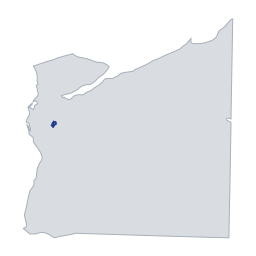 Ashmun, Al Minufiyah, Egypt shown in context, rotated 271°
{"feature_id": "37247803B18007255516355", "entity_name": "Ashmun", "entity_type": "district", "adm_level": 2, "iso_a3": "EGY", "parent_name": "Egypt", "parent_adm1": "Al Minufiyah", "projection": "robinson", "projection_center": [30.999, 30.299], "detail": "fine", "context": "in_parent", "style": "filled", "palette": "blue", "viewbox_px": 256, "rotation_deg": 271, "n_neighbors": 0, "source": "geoboundaries", "source_scale": "gbopen_adm2", "svg_char_len": 4147}
<svg xmlns="http://www.w3.org/2000/svg" viewBox="0 0 256 256"><g transform="rotate(271 128 128)"><path d="M238.9,230.8L232.8,230.8L226.8,230.8L220.7,230.8L214.7,230.8L208.7,230.8L202.6,230.8L196.6,230.8L190.5,230.8L184.5,230.8L178.5,230.8L172.4,230.8L166.4,230.8L160.3,230.8L154.3,230.8L148.3,230.8L142.2,230.8L138.8,230.8L139.4,229.0L139.7,227.6L139.3,226.7L138.1,226.4L137.4,226.7L135.6,230.7L134.6,230.9L132.5,230.9L125.5,230.9L118.4,230.9L111.4,230.9L104.4,230.9L97.3,230.9L90.3,230.9L83.3,230.9L76.2,230.9L69.2,230.9L62.2,230.9L55.1,230.8L48.1,230.8L41.1,230.8L34.0,230.8L27.0,230.8L20.0,230.8L20.0,226.1L20.1,221.3L20.1,216.5L20.1,211.7L20.2,206.9L20.2,202.1L20.3,197.4L20.3,192.6L20.4,187.8L20.4,183.0L20.5,178.2L20.5,173.5L20.6,168.7L20.6,163.9L20.7,159.1L20.8,154.3L20.8,149.5L20.9,144.8L21.0,140.0L21.0,135.2L21.1,130.4L21.2,125.6L21.2,120.8L21.3,116.1L21.4,111.3L21.4,106.5L21.5,101.7L21.6,96.9L21.6,92.2L21.7,87.4L21.8,82.6L21.8,77.8L21.7,76.9L20.7,73.7L19.9,69.5L18.9,64.5L18.8,62.8L17.3,57.6L17.1,56.1L17.6,55.0L20.4,50.6L21.2,48.5L22.0,45.9L22.2,43.8L21.5,40.7L20.6,37.8L20.4,34.8L20.3,32.0L21.7,30.0L23.4,28.1L24.1,27.0L25.1,25.7L25.8,25.1L27.1,27.7L29.9,28.2L39.1,25.9L49.2,28.2L54.8,29.1L63.4,31.0L68.6,34.6L70.0,35.0L73.8,34.9L76.2,37.0L86.1,38.0L91.3,40.3L94.3,42.1L96.1,42.7L97.6,42.6L99.8,41.9L102.5,40.6L105.4,38.8L111.5,34.2L113.7,33.4L115.1,33.6L116.8,33.6L117.5,32.3L118.4,31.5L119.0,30.5L119.9,29.3L123.1,29.0L129.4,27.0L128.7,28.0L122.9,30.2L125.4,30.5L127.9,29.7L130.8,29.2L131.3,28.3L131.7,26.5L132.3,26.2L134.3,26.6L140.2,29.3L141.7,29.4L145.9,27.9L146.7,27.6L148.1,28.4L151.2,31.8L150.1,31.7L146.8,28.8L146.5,30.3L144.6,32.9L147.0,34.0L148.9,34.4L149.9,35.8L150.6,37.1L152.5,36.5L153.8,34.8L153.1,33.8L152.6,32.8L153.3,32.8L154.6,33.6L158.3,36.9L159.6,37.6L161.1,37.5L164.1,36.6L165.0,36.7L169.1,35.5L169.6,36.4L170.3,37.3L173.5,36.3L178.7,36.3L183.0,35.2L187.9,32.6L188.3,32.2L188.5,32.9L189.1,34.6L190.7,39.2L192.0,42.8L193.7,47.7L194.2,49.6L194.4,50.9L196.8,56.3L198.2,60.8L199.3,64.4L200.7,69.7L201.4,71.5L200.4,72.5L198.4,75.9L196.3,86.8L193.3,95.4L193.0,100.7L192.5,102.6L191.1,105.3L189.3,108.0L186.1,106.6L180.9,102.0L177.8,97.5L174.6,94.7L171.5,90.9L170.7,88.2L170.7,86.4L169.4,82.1L168.4,80.1L164.6,75.6L163.5,73.2L162.7,72.1L161.9,70.6L160.5,64.7L159.1,60.9L157.4,62.0L157.7,63.5L156.2,65.7L155.4,68.2L156.0,70.3L159.1,73.5L159.7,74.8L160.4,77.8L160.3,81.8L160.8,83.2L163.1,86.2L163.9,88.0L164.4,89.5L165.2,90.9L167.5,93.6L170.7,98.5L173.8,101.9L176.1,103.5L177.0,105.1L177.3,109.3L177.1,111.3L179.1,115.1L179.8,117.0L181.7,118.6L182.6,120.3L183.4,123.2L184.7,131.7L186.4,133.8L191.6,145.0L195.9,152.1L198.0,157.4L201.3,163.9L207.6,178.0L211.4,182.4L212.9,184.9L215.6,186.8L218.5,189.5L215.7,189.2L215.0,189.4L214.1,189.9L213.6,191.5L213.4,192.9L213.8,200.0L214.6,203.7L217.1,210.6L218.9,212.7L219.8,214.0L221.1,215.0L226.9,217.4L230.4,222.4L238.1,228.7L238.8,230.4L238.9,230.8Z" fill="#d9dde1" stroke="#a8b0b8" stroke-width="1"/><path d="M130.6,52.5L130.4,52.5L130.4,52.4L130.2,52.4L130.2,52.2L130.0,51.9L129.9,51.9L129.9,52.0L129.8,51.9L129.8,52.0L129.7,52.1L129.5,51.9L129.4,51.9L129.3,52.0L129.2,52.0L128.9,52.0L128.7,52.0L128.6,52.3L128.6,52.5L128.3,52.6L128.1,52.6L127.9,52.7L127.7,52.8L127.6,53.0L127.6,53.3L127.8,53.4L128.0,53.5L128.1,53.4L128.3,53.3L128.4,53.2L128.5,53.2L128.8,53.1L129.0,53.1L129.3,53.2L129.3,53.3L129.4,53.6L129.4,53.8L129.3,54.0L129.2,54.2L129.2,54.3L129.3,54.3L129.5,54.3L129.8,54.3L129.8,54.2L129.8,54.3L130.0,54.3L130.1,54.5L130.1,54.4L130.0,54.5L130.2,54.8L130.2,55.0L130.2,55.3L130.3,55.4L130.3,55.5L130.5,55.8L130.7,56.0L130.8,56.0L131.0,56.1L131.3,56.0L131.4,55.9L131.5,55.9L131.7,55.7L131.8,55.7L132.0,55.7L132.1,55.8L132.3,55.9L132.5,55.8L132.6,55.7L132.8,55.5L132.7,55.4L132.6,55.2L132.8,55.0L132.8,54.9L132.9,54.7L132.7,54.6L132.4,54.4L132.4,54.2L132.5,54.1L132.6,53.9L132.7,53.7L132.8,53.6L132.7,53.6L132.7,53.4L132.4,53.4L132.3,53.2L132.2,53.1L132.1,52.9L131.9,52.8L131.9,52.7L131.7,52.8L131.6,53.1L131.4,53.2L131.2,53.0L131.1,52.9L130.9,52.7L130.8,52.4L130.7,52.5L130.7,52.4L130.7,52.5L130.6,52.5Z" fill="#3b82f6" stroke="#1e3a8a" stroke-width="1.5"/></g></svg>